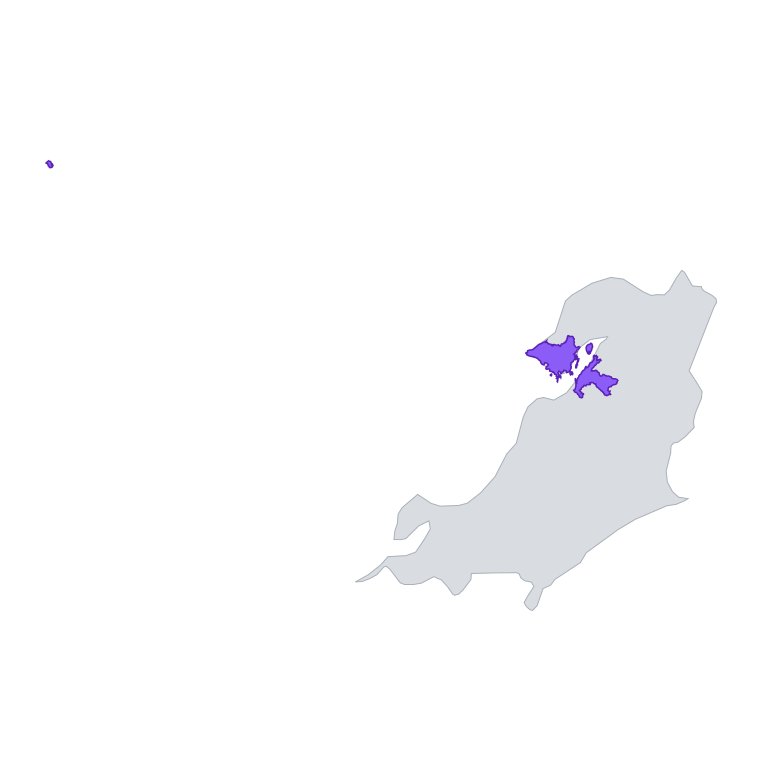 location of Puntarenas, Puntarenas, Costa Rica, rotated 89°
{"feature_id": "36466004B9758970649099", "entity_name": "Puntarenas", "entity_type": "district", "adm_level": 2, "iso_a3": "CRI", "parent_name": "Costa Rica", "parent_adm1": "Puntarenas", "projection": "natural_earth1", "projection_center": [-85.046, 7.918], "detail": "fine", "context": "in_parent", "style": "filled", "palette": "violet", "viewbox_px": 768, "rotation_deg": 89, "n_neighbors": 0, "source": "geoboundaries", "source_scale": "gbopen_adm2", "svg_char_len": 7794}
<svg xmlns="http://www.w3.org/2000/svg" viewBox="0 0 768 768"><g transform="rotate(89 384 384)"><path d="M613.0,239.4L612.4,241.6L610.7,243.8L608.2,246.1L604.9,247.7L596.9,243.0L589.0,237.6L584.7,240.1L583.1,247.0L580.2,250.6L576.5,252.0L575.0,254.4L574.8,277.9L575.0,300.0L581.0,300.5L590.9,308.2L595.2,312.7L596.5,316.9L595.3,319.0L588.1,323.8L581.0,329.9L577.5,337.6L583.7,349.9L585.0,358.2L584.8,367.0L583.1,371.2L569.4,381.3L566.4,384.8L566.8,387.3L574.4,394.3L578.0,401.0L581.0,409.1L581.4,416.1L574.5,403.1L565.0,390.7L556.7,383.0L556.0,365.1L552.7,355.4L540.2,346.5L529.6,340.2L521.6,341.5L526.5,351.8L539.0,364.9L539.9,370.0L539.7,376.8L531.1,375.7L523.5,373.0L514.2,372.1L508.0,368.1L495.0,352.3L504.2,338.9L507.1,330.1L506.8,311.8L504.7,302.9L494.6,289.4L478.6,274.6L456.1,262.5L445.6,252.8L419.3,245.3L409.3,240.4L401.5,231.2L400.3,224.6L403.1,214.4L395.9,201.5L364.6,176.1L347.1,166.8L343.3,161.3L340.5,159.6L343.2,177.1L350.9,187.6L370.8,197.5L376.3,203.2L378.6,210.7L367.0,225.0L361.1,228.6L359.3,236.4L355.5,238.8L351.6,234.3L335.4,211.9L304.1,201.1L298.4,194.6L286.8,174.1L281.4,155.4L283.3,142.9L296.2,123.5L300.2,115.1L299.4,109.9L299.8,102.2L295.0,96.9L283.1,89.9L275.6,84.3L277.6,81.5L291.3,74.0L292.1,67.2L292.1,65.0L294.3,64.5L296.3,62.7L297.5,60.8L301.2,54.3L304.5,50.6L308.2,50.0L312.8,52.7L330.0,59.8L349.1,67.6L376.2,78.7L387.5,71.6L397.2,66.1L404.0,66.9L418.6,73.3L427.4,75.3L432.8,74.6L442.1,83.9L447.2,90.9L448.1,95.6L450.9,98.1L458.2,98.6L476.0,103.4L486.9,102.4L496.8,97.4L502.3,91.4L504.0,82.0L506.5,86.7L509.4,94.0L510.7,103.4L523.6,135.0L533.8,152.7L556.3,184.8L566.0,190.7L582.4,216.6L588.0,220.9L591.3,228.5L608.3,234.8L613.0,239.4Z" fill="#d9dde1" stroke="#a8b0b8" stroke-width="1"/><path d="M355.5,191.9L355.1,190.6L353.5,190.5L352.2,188.7L350.7,187.5L350.4,188.3L350.0,188.6L350.1,189.2L350.8,190.2L350.9,191.1L350.1,192.0L348.9,192.5L348.5,193.2L346.7,193.3L345.6,192.9L344.0,193.5L342.1,193.0L341.5,193.7L340.1,194.2L339.6,195.3L339.9,197.1L339.1,198.2L338.9,199.1L339.2,199.4L339.7,199.2L340.5,199.5L340.4,199.7L340.8,199.7L340.9,199.9L341.4,199.8L341.9,200.3L342.8,200.2L343.3,200.7L343.7,200.7L344.1,201.3L345.2,201.3L345.5,202.7L346.0,202.7L346.0,203.1L346.6,203.8L347.2,205.4L347.1,205.9L348.8,206.7L348.8,206.9L349.3,206.9L349.2,207.4L348.5,207.9L348.6,208.7L347.9,208.9L348.2,209.4L348.1,210.5L348.3,211.1L347.9,211.9L347.7,212.9L347.4,213.2L347.8,213.9L347.6,214.8L348.1,215.1L348.7,214.6L348.8,215.3L348.1,215.9L347.4,216.0L347.0,217.6L347.1,218.1L346.6,218.5L346.5,219.2L345.8,219.5L345.7,220.0L345.2,220.1L345.2,221.6L343.7,220.9L344.5,222.0L345.5,224.7L346.5,226.2L346.6,227.1L347.2,228.5L351.5,233.7L352.2,234.8L352.5,235.9L352.6,238.0L353.2,239.8L354.9,240.0L355.2,240.4L355.2,240.8L355.0,241.0L355.1,241.4L356.0,241.6L356.4,240.8L357.4,240.6L358.5,238.3L359.3,234.3L360.0,232.9L360.1,232.0L361.1,230.1L363.0,228.4L363.8,227.2L365.4,226.8L366.6,226.1L367.5,224.5L367.6,224.0L367.2,223.4L365.8,223.1L365.5,222.8L365.8,221.0L367.6,219.3L369.1,220.4L369.5,221.3L371.1,221.9L371.7,221.8L372.0,221.4L372.1,220.8L371.8,219.3L371.9,218.7L372.1,218.3L372.8,217.9L373.9,218.2L374.3,217.6L374.4,216.0L375.4,214.9L374.9,214.3L375.8,213.7L377.2,213.3L377.1,212.6L377.7,211.7L379.3,211.7L379.6,210.9L380.8,210.1L380.9,209.6L377.4,209.1L377.1,209.5L376.7,209.3L376.3,209.8L375.6,209.9L374.2,208.8L375.6,207.1L376.7,207.0L376.3,206.2L375.2,205.7L375.1,204.8L373.3,203.8L373.8,203.1L373.8,202.4L374.2,201.6L375.8,201.1L375.0,198.4L374.0,198.3L373.8,198.1L374.0,197.7L372.3,197.2L371.3,196.5L370.7,196.8L370.1,196.4L369.0,197.0L367.8,197.0L367.3,196.7L366.5,196.8L365.2,195.5L364.8,194.5L363.5,193.9L362.1,192.4L361.0,192.6L360.3,192.9L359.4,192.9L359.2,192.7L359.7,192.6L359.6,192.2L358.8,192.2L357.5,192.9L357.5,193.7L356.7,193.1L356.3,192.2L355.5,191.9ZM388.7,153.6L387.9,151.6L387.0,151.4L386.8,150.9L385.8,150.9L384.6,150.1L383.5,150.9L382.8,152.9L382.8,155.2L382.3,156.0L381.0,156.5L380.6,157.9L380.0,158.9L380.0,161.2L379.5,161.8L379.3,163.0L378.7,163.4L378.3,164.1L378.3,164.8L378.9,165.5L379.9,166.1L379.7,167.6L378.4,168.5L376.6,168.7L376.0,169.4L375.6,170.5L375.0,170.5L374.1,171.3L374.0,172.1L374.4,172.3L374.2,173.1L374.7,174.2L374.3,174.9L374.7,175.5L374.6,176.2L375.2,176.5L373.2,176.2L372.1,175.6L370.9,174.1L369.3,173.1L369.0,172.2L366.7,170.6L366.8,169.6L366.5,168.9L364.1,167.1L364.5,166.2L363.1,167.3L363.4,167.6L363.2,168.2L363.4,168.3L363.6,169.5L364.3,169.8L364.3,170.9L363.2,170.9L362.9,170.6L362.3,170.9L361.4,170.1L360.8,170.5L360.4,170.1L360.2,170.3L360.4,171.0L359.4,171.2L360.0,172.0L360.0,172.6L359.2,172.8L359.0,173.4L359.7,174.1L361.0,174.1L361.5,173.9L362.0,173.3L362.4,173.2L362.7,173.7L364.4,174.4L364.5,174.7L365.6,175.4L366.7,177.7L369.9,179.0L370.8,179.9L371.3,181.4L370.4,181.5L370.0,181.7L370.1,182.0L371.3,182.5L371.6,182.8L372.4,182.7L373.4,183.7L374.1,184.9L376.2,186.5L377.5,186.9L378.2,188.1L379.1,188.9L380.2,189.1L381.4,190.1L382.8,190.4L383.7,191.2L384.5,191.1L385.4,191.4L386.6,191.3L387.3,191.7L385.6,191.6L385.0,192.0L382.4,192.2L382.0,192.3L382.1,192.6L383.3,192.8L385.7,192.2L387.4,192.1L390.0,192.2L393.1,193.3L393.5,194.5L395.4,193.3L396.0,191.7L396.8,190.8L397.7,190.6L398.2,189.5L398.8,189.5L399.5,189.0L400.6,188.7L400.8,187.5L401.2,187.3L401.2,186.2L400.5,185.6L398.8,185.7L397.9,184.8L397.5,185.2L397.1,184.9L396.9,185.3L397.1,185.8L396.9,187.0L395.8,186.6L394.6,188.2L394.1,188.2L394.0,188.7L393.6,188.7L393.5,187.9L392.8,187.6L392.7,187.0L391.1,186.5L390.2,184.8L388.9,184.1L388.9,183.8L389.3,182.9L389.3,182.0L388.5,181.8L388.0,180.6L388.3,179.8L387.7,178.4L388.2,178.3L388.1,177.8L386.8,177.4L386.3,177.9L386.1,175.9L386.3,175.0L387.0,174.4L387.6,173.3L387.6,172.5L388.1,172.7L389.0,171.8L389.9,171.8L390.8,171.2L391.9,169.4L392.5,169.2L393.5,167.8L394.3,167.3L395.1,166.3L395.2,165.7L396.0,165.5L396.2,164.9L397.0,164.6L397.5,164.0L397.9,164.1L399.0,163.2L399.2,161.9L399.5,161.6L399.5,161.3L398.5,159.2L398.4,158.7L398.6,158.2L398.4,157.6L397.7,157.9L397.1,158.9L395.1,158.1L395.2,159.1L394.3,160.3L392.0,159.8L391.3,159.4L390.8,158.7L390.6,156.9L389.7,156.4L389.1,155.4L388.7,154.5L388.7,153.6ZM356.6,177.1L355.4,176.9L354.3,176.0L351.9,175.4L350.7,174.8L348.7,175.0L347.8,175.6L347.5,175.5L346.8,176.4L347.9,177.7L348.1,179.0L349.0,180.2L350.2,181.0L351.6,181.3L354.0,181.0L357.2,179.6L357.5,179.2L357.7,178.4L356.7,178.1L355.9,178.6L355.0,178.5L355.1,177.9L356.0,177.8L356.6,177.1ZM160.2,712.0L159.9,711.1L159.6,711.1L159.6,711.6L159.2,711.9L158.2,711.8L158.2,712.0L158.7,712.2L158.8,712.5L156.3,713.1L156.0,713.8L155.5,714.0L155.4,715.2L155.0,715.5L156.6,717.6L157.2,718.0L157.9,716.4L158.4,716.5L159.0,716.2L159.3,715.7L160.1,715.8L160.5,715.1L161.7,714.7L161.9,713.4L161.5,712.2L161.1,711.8L160.2,712.0ZM360.6,191.9L361.7,192.1L363.0,191.9L362.9,191.6L362.2,190.8L361.2,190.5L360.0,190.2L360.0,190.5L359.4,190.9L358.6,190.9L359.1,191.6L359.4,191.6L359.5,191.2L359.6,191.9L359.9,192.2L360.7,192.2L360.6,191.9ZM377.9,195.4L377.2,195.0L376.1,195.3L376.4,195.6L376.8,195.4L376.9,195.7L376.5,196.2L375.1,196.2L375.3,197.2L376.6,197.9L377.7,197.6L378.2,197.3L377.5,196.2L377.9,195.4ZM366.0,190.1L365.8,190.6L366.9,190.7L368.4,191.7L370.7,192.1L371.3,191.8L371.1,191.3L370.3,191.3L370.2,191.1L368.3,190.7L368.2,190.2L367.3,190.4L366.0,190.1ZM365.0,189.3L362.0,188.7L361.9,189.0L362.0,189.3L362.7,189.5L363.0,189.8L365.3,190.1L365.3,189.7L365.0,189.3ZM380.0,207.0L378.9,207.3L378.9,207.9L379.1,208.3L378.2,208.6L378.2,208.8L379.1,208.8L380.1,208.4L379.6,207.9L380.8,207.2L380.0,207.0ZM377.6,216.2L377.0,216.5L377.7,217.5L378.2,217.5L378.2,217.1L378.8,216.7L378.5,216.3L377.6,216.2ZM382.4,210.4L381.1,210.4L380.7,210.9L381.2,211.3L381.2,211.1L382.5,210.6L382.4,210.4ZM384.9,210.5L383.0,210.1L383.0,210.6L384.6,210.8L384.9,210.5Z" fill="#8b5cf6" stroke="#5b21b6" stroke-width="1.5"/></g></svg>